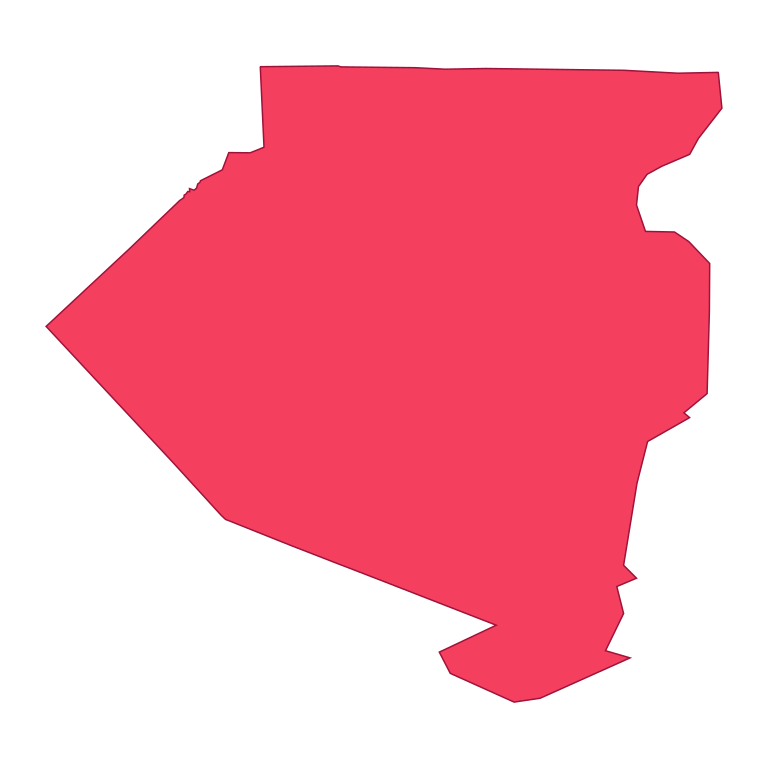 outline of Allegheny, Pennsylvania, United States of America
{"feature_id": "52423323B21471861294441", "entity_name": "Allegheny", "entity_type": "district", "adm_level": 2, "iso_a3": "USA", "parent_name": "United States of America", "parent_adm1": "Pennsylvania", "projection": "albers", "projection_center": [-79.965, 40.435], "detail": "fine", "context": "isolated", "style": "filled", "palette": "rose", "viewbox_px": 768, "rotation_deg": 0, "n_neighbors": 0, "source": "geoboundaries", "source_scale": "gbopen_adm2", "svg_char_len": 899}
<svg xmlns="http://www.w3.org/2000/svg" viewBox="0 0 768 768"><path d="M260.5,66.7L260.3,67.2L264.0,147.2L250.2,152.8L228.8,152.6L222.3,169.8L200.5,180.7L199.9,182.4L197.7,184.0L196.6,188.0L194.1,190.2L189.5,188.6L189.7,191.7L187.8,191.5L185.9,194.1L184.2,195.1L183.9,197.6L179.7,200.5L129.8,248.4L46.1,326.4L172.7,462.2L220.9,515.0L225.5,519.4L292.2,546.0L334.7,562.5L375.4,578.2L496.2,625.2L439.3,652.1L450.3,673.4L514.1,702.1L540.2,698.2L630.0,657.9L605.5,650.7L623.6,613.5L616.8,586.5L636.5,578.2L623.6,565.3L637.0,483.2L647.6,441.5L689.6,417.6L683.9,412.8L707.1,393.6L709.4,311.1L709.7,263.5L688.8,241.6L674.5,232.0L645.5,231.4L645.0,230.0L636.5,205.0L638.5,186.5L647.1,174.3L661.7,166.3L689.7,154.3L698.5,138.3L721.9,108.2L718.3,72.5L718.0,72.4L678.0,73.2L624.2,70.3L485.7,68.5L445.2,69.2L415.5,67.7L341.0,66.9L337.9,65.9L260.5,66.7Z" fill="#f43f5e" stroke="#9f1239" stroke-width="1.5"/></svg>